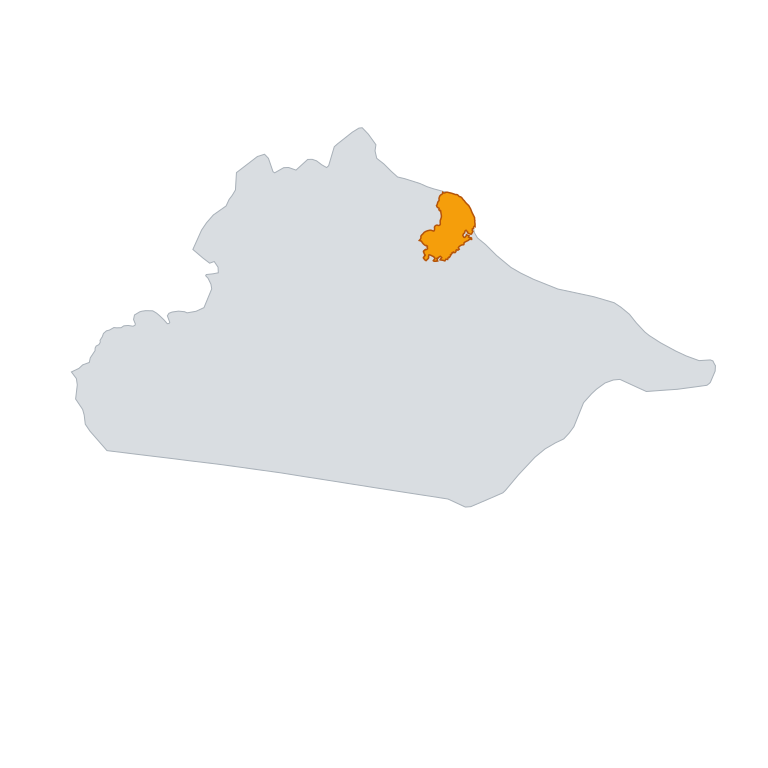 Ain Al Arab, Aleppo, Syria (highlighted), rotated 40°
{"feature_id": "27442178B6640625460328", "entity_name": "Ain Al Arab", "entity_type": "district", "adm_level": 2, "iso_a3": "SYR", "parent_name": "Syria", "parent_adm1": "Aleppo", "projection": "mercator", "projection_center": [38.284, 36.533], "detail": "fine", "context": "in_parent", "style": "filled", "palette": "amber", "viewbox_px": 768, "rotation_deg": 40, "n_neighbors": 0, "source": "geoboundaries", "source_scale": "gbopen_adm2", "svg_char_len": 7204}
<svg xmlns="http://www.w3.org/2000/svg" viewBox="0 0 768 768"><g transform="rotate(40 384 384)"><path d="M144.8,284.8L150.4,285.4L162.5,292.7L164.5,292.5L168.1,282.8L171.7,279.5L179.1,276.7L181.2,261.0L184.7,258.0L188.9,256.4L195.3,256.1L200.9,255.1L201.3,252.4L193.4,234.2L194.1,229.6L197.9,211.3L200.3,204.1L202.6,201.7L211.5,202.7L224.0,205.9L227.3,211.2L233.4,215.8L242.5,215.5L253.0,216.4L261.3,216.7L267.9,213.4L282.7,207.3L290.1,205.2L296.8,202.5L318.3,192.4L326.9,193.2L332.8,194.5L337.3,196.1L347.5,203.0L355.9,210.0L361.7,212.0L372.3,211.9L387.5,213.2L406.3,213.1L417.2,211.2L431.2,207.7L456.1,199.5L488.8,182.2L508.1,173.8L516.4,172.9L527.2,172.8L538.0,175.0L550.3,176.5L555.9,176.4L569.2,174.7L586.4,171.2L597.3,168.3L610.3,163.6L618.5,155.8L621.1,154.9L624.5,156.4L626.1,156.9L629.4,161.3L632.9,172.8L632.9,174.1L632.2,177.4L623.7,186.8L612.1,199.5L603.8,207.5L589.8,221.1L579.4,224.0L561.8,228.8L557.1,233.5L552.7,241.1L550.1,251.5L549.3,258.0L548.9,270.1L553.0,282.7L556.9,294.7L557.4,302.6L557.0,310.5L553.2,318.8L549.1,330.2L546.7,343.1L545.4,367.2L545.4,387.6L545.0,391.0L537.8,405.4L529.3,422.2L525.4,426.0L506.9,431.0L486.6,443.3L464.0,457.0L443.5,469.4L421.9,482.4L399.6,495.8L383.6,505.5L362.2,518.3L342.8,530.5L323.0,542.9L308.1,552.3L285.3,567.2L271.9,575.8L252.3,588.6L235.1,599.8L214.6,613.1L189.0,609.1L181.0,606.8L174.3,600.5L169.5,597.2L157.4,593.7L149.6,581.8L144.9,577.6L136.8,575.7L140.3,568.0L140.9,563.0L144.4,556.9L142.2,552.8L141.2,544.2L139.6,542.1L139.1,539.9L140.3,537.1L139.8,534.3L138.4,533.1L137.8,528.8L136.6,525.6L137.2,521.7L139.0,519.2L140.8,514.4L143.0,512.9L146.4,509.9L147.3,506.7L150.4,503.6L154.6,501.1L155.5,499.0L154.9,497.8L150.7,495.6L148.5,491.5L150.5,485.7L151.8,483.8L154.3,481.0L159.8,476.6L164.2,475.9L167.9,475.9L174.3,476.3L179.2,477.1L180.4,475.9L180.3,474.5L174.2,471.0L173.8,468.1L175.4,465.1L179.7,460.3L184.8,456.8L187.4,456.1L193.3,449.1L197.0,441.2L190.9,421.9L187.3,418.8L181.3,416.1L177.8,415.7L177.5,414.4L182.2,409.5L185.6,405.3L181.8,401.2L175.2,399.3L172.8,403.5L164.3,403.9L151.1,403.8L145.3,383.3L144.4,374.5L144.6,364.2L148.6,349.1L146.7,342.1L146.5,337.3L145.5,330.9L135.1,316.9L140.8,291.1L144.8,284.8Z" fill="#d9dde1" stroke="#a8b0b8" stroke-width="1"/><path d="M318.7,251.5L318.8,251.5L318.9,251.4L319.0,251.3L319.0,251.2L319.2,250.8L319.3,250.7L319.5,250.6L320.1,250.9L320.4,250.6L321.1,250.6L321.9,250.9L322.2,251.0L322.5,251.1L322.9,251.2L323.2,251.2L323.7,251.3L324.1,251.4L324.6,251.4L325.0,251.4L325.4,251.4L325.8,251.4L326.2,251.3L326.4,251.3L326.9,251.2L327.4,251.0L327.5,250.6L328.7,250.5L328.9,251.2L329.4,251.7L329.8,251.7L330.4,252.4L330.2,253.5L329.8,254.0L329.3,254.2L329.3,254.9L329.1,255.0L329.2,255.7L329.0,255.9L329.0,256.1L328.9,256.2L328.9,256.4L328.9,256.5L328.9,256.9L329.0,257.0L329.2,257.3L329.3,257.4L329.4,257.5L329.5,257.5L329.8,257.5L330.0,257.6L330.4,257.9L330.6,258.1L331.0,258.3L331.3,258.4L331.7,258.5L331.9,258.6L332.1,258.6L332.4,258.7L332.6,258.7L332.8,258.8L332.9,259.0L332.8,259.3L332.7,259.4L332.5,259.5L332.7,259.8L332.8,259.9L332.9,260.0L333.0,260.3L333.0,260.6L332.9,260.7L332.9,260.8L332.9,261.0L332.8,261.3L332.8,261.5L332.9,261.8L333.0,262.0L333.3,262.2L333.5,262.2L333.8,262.2L334.0,262.3L334.4,262.4L334.7,262.5L334.9,262.6L335.1,262.7L335.7,262.6L336.9,262.5L337.2,259.8L337.2,259.0L337.1,258.8L337.1,258.7L336.9,258.4L336.7,258.3L336.5,258.1L336.4,258.0L336.3,257.9L336.2,257.8L336.1,257.6L336.0,257.4L336.0,257.2L335.9,257.1L335.5,256.4L335.4,256.2L335.8,255.8L336.8,255.4L339.3,254.8L340.2,254.5L340.3,254.6L340.5,254.6L340.8,254.7L340.9,254.8L341.1,254.8L341.6,254.7L341.8,254.8L342.0,254.8L342.2,255.0L342.3,255.1L342.3,255.3L342.4,255.6L342.4,256.3L342.5,257.9L342.9,257.9L343.6,257.7L344.6,256.8L345.1,256.4L345.5,255.7L345.9,255.5L346.0,255.3L345.2,255.4L345.1,254.8L344.6,254.1L344.4,253.9L343.9,254.0L343.7,253.9L344.2,252.7L344.5,252.7L344.6,250.8L345.2,249.9L347.0,250.1L347.0,252.7L347.2,252.9L347.9,252.4L349.8,251.3L351.5,250.6L351.2,248.6L352.7,247.7L352.0,246.3L352.6,245.3L352.3,245.0L352.2,244.8L352.7,244.5L352.4,242.5L352.1,242.4L351.8,242.2L352.2,241.2L352.2,240.5L352.1,240.1L351.8,239.9L351.8,239.6L352.2,239.4L352.3,239.1L352.2,238.6L352.3,238.4L352.5,238.5L352.8,238.5L353.0,238.5L353.1,238.4L353.3,238.3L353.3,238.2L353.4,237.9L354.0,237.6L354.0,236.3L353.2,235.2L353.4,234.4L354.6,234.0L355.0,232.4L353.8,232.0L353.4,231.9L353.2,230.3L353.8,228.4L354.2,227.5L355.5,226.1L355.3,225.3L354.6,224.6L354.8,223.1L356.4,219.5L356.3,219.0L356.9,217.2L357.8,217.3L358.2,216.9L358.1,216.7L357.8,216.6L357.4,216.9L357.4,216.5L357.4,216.1L357.1,215.9L356.9,216.0L356.4,216.2L354.9,217.1L354.3,217.2L353.9,215.8L351.3,216.7L351.7,217.3L351.7,219.8L350.9,220.3L348.8,219.5L348.3,217.7L348.6,216.5L347.7,214.7L348.0,213.5L350.4,213.8L350.8,214.5L353.7,213.7L354.3,213.3L354.6,212.9L354.0,209.9L352.9,209.7L352.6,209.1L352.1,208.6L351.9,208.3L352.5,207.0L352.2,206.7L351.9,206.2L351.7,205.6L351.8,204.9L352.5,204.8L352.1,204.4L350.9,202.9L349.2,201.4L348.5,200.3L347.6,199.7L346.7,198.6L346.4,198.3L343.2,196.9L341.1,196.0L337.8,194.2L334.6,193.0L333.9,192.8L332.7,192.8L329.7,192.5L327.7,192.0L326.2,191.9L323.9,191.3L322.9,191.3L322.4,191.4L321.2,192.0L319.0,191.8L318.5,191.9L318.0,192.1L316.9,193.0L313.4,194.3L309.2,196.4L308.2,197.4L307.9,197.9L307.8,198.5L306.9,199.3L305.7,199.4L305.8,199.6L306.0,199.8L306.2,200.1L306.3,200.3L306.4,200.5L306.4,201.0L306.4,201.3L306.4,201.5L306.3,201.8L306.2,202.1L306.0,202.5L305.9,202.8L305.9,203.1L305.9,203.4L305.9,203.6L305.9,203.8L305.9,204.1L305.9,204.3L306.0,204.4L306.0,204.6L306.1,204.8L306.2,205.0L306.3,205.2L306.4,205.5L306.5,205.8L306.6,206.1L306.8,206.4L306.9,206.6L307.1,206.8L307.4,207.1L307.5,207.2L307.6,207.3L307.8,207.4L307.9,207.5L308.0,207.6L308.1,207.8L308.2,208.0L308.3,208.3L308.2,208.6L308.2,208.8L308.2,209.1L308.2,209.3L308.3,209.7L308.3,210.1L308.4,210.3L308.5,210.5L308.6,210.8L308.7,211.0L308.9,211.3L309.0,211.6L309.1,211.8L309.3,212.1L309.4,212.4L309.4,212.8L309.5,213.1L309.5,213.5L309.9,213.7L310.1,213.9L310.4,214.0L310.6,214.1L310.8,214.2L311.1,214.2L311.2,214.3L311.6,214.3L311.8,214.3L313.2,214.0L313.7,214.4L314.0,215.2L315.2,215.5L315.6,214.8L316.1,214.9L316.8,215.6L319.5,217.9L319.7,218.1L319.9,218.3L320.0,218.5L320.5,219.0L320.7,219.4L320.9,219.7L321.0,220.0L321.2,220.5L321.4,220.9L321.6,221.4L321.7,221.9L321.9,222.4L322.1,222.8L322.4,223.1L322.7,223.5L323.0,223.9L323.3,224.2L323.6,224.5L323.9,224.8L324.3,225.2L324.4,225.3L324.5,225.5L324.5,225.8L324.6,226.0L324.5,226.4L324.5,226.6L324.4,226.8L324.3,227.1L324.2,227.3L323.9,227.5L323.6,227.7L323.5,227.8L323.4,227.8L323.2,227.9L322.9,228.0L322.6,228.1L322.3,228.4L322.2,228.5L322.0,228.8L321.9,229.0L321.8,229.3L321.7,229.5L321.6,229.9L321.6,230.1L321.6,230.3L321.6,230.5L321.7,230.8L321.7,231.1L321.8,231.2L321.9,231.4L322.0,231.6L322.1,231.8L322.3,231.9L322.5,232.1L322.8,232.4L323.0,232.6L323.3,233.0L323.5,233.4L323.7,233.7L323.8,233.9L323.9,234.2L323.9,234.3L323.9,234.5L323.8,234.8L323.7,234.9L323.6,235.0L321.1,236.0L320.3,236.7L318.9,238.5L317.9,240.3L317.3,242.0L317.3,244.0L317.1,245.8L317.2,247.0L318.4,248.4L318.7,249.2L318.8,250.4L318.7,251.5Z" fill="#f59e0b" stroke="#b45309" stroke-width="1.5"/></g></svg>